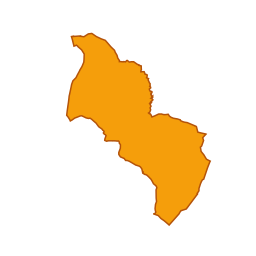 Suehn Mecca, Bomi, Liberia, rotated 117°
{"feature_id": "62588387B34365926899718", "entity_name": "Suehn Mecca", "entity_type": "district", "adm_level": 2, "iso_a3": "LBR", "parent_name": "Liberia", "parent_adm1": "Bomi", "projection": "mercator", "projection_center": [-10.641, 6.716], "detail": "fine", "context": "isolated", "style": "filled", "palette": "amber", "viewbox_px": 256, "rotation_deg": 117, "n_neighbors": 0, "source": "geoboundaries", "source_scale": "gbopen_adm2", "svg_char_len": 3758}
<svg xmlns="http://www.w3.org/2000/svg" viewBox="0 0 256 256"><g transform="rotate(117 128 128)"><path d="M98.0,55.7L98.0,55.8L99.3,60.8L100.0,63.9L98.2,65.5L95.9,67.5L95.6,68.2L95.8,69.4L95.7,69.4L96.0,73.6L96.3,77.7L97.1,80.1L97.5,82.0L97.6,84.5L97.0,85.1L97.5,88.1L98.7,92.0L98.9,94.5L98.6,96.5L97.5,98.4L98.9,100.4L99.8,102.1L100.2,103.7L100.3,104.5L101.7,107.1L105.0,109.6L107.3,111.7L105.9,113.4L105.3,114.5L105.6,115.3L105.5,115.8L105.3,116.5L103.9,115.8L101.5,116.1L100.0,117.5L98.1,117.4L96.9,119.1L95.0,118.8L95.7,119.7L94.1,119.5L91.6,118.6L91.1,119.7L91.1,121.0L89.5,119.9L88.3,120.5L89.6,121.0L88.4,121.8L87.8,122.8L87.1,122.6L86.7,123.3L85.8,122.8L85.0,122.9L84.7,123.5L85.0,124.7L85.2,124.8L84.2,126.3L83.4,126.7L81.9,126.0L81.1,126.7L81.0,127.3L81.0,127.6L79.9,127.6L79.1,128.2L78.4,128.5L78.2,129.2L77.1,130.5L76.0,131.9L75.5,132.1L74.7,132.1L74.8,134.3L74.5,134.3L73.8,134.3L72.1,134.9L71.9,135.6L72.3,137.2L71.4,138.1L70.5,139.2L71.2,140.6L72.1,142.0L71.2,142.5L69.8,142.6L68.9,143.2L66.7,144.4L67.2,146.6L66.8,146.6L67.0,148.8L66.4,153.0L67.5,155.2L68.6,156.6L68.6,157.4L68.1,159.2L68.5,159.8L70.2,160.2L70.8,162.0L71.2,162.2L72.6,165.7L72.7,165.8L71.7,166.4L70.4,168.8L68.3,170.7L68.0,171.1L66.3,173.8L64.9,175.3L63.9,178.6L63.3,180.5L63.1,180.9L60.2,188.0L60.6,191.4L60.7,191.8L60.9,197.7L60.3,202.1L60.2,203.2L62.2,206.1L66.7,208.7L68.0,212.4L67.7,212.4L71.3,218.3L71.0,218.4L72.2,219.9L74.3,217.9L79.0,213.8L79.6,213.3L78.1,211.9L77.6,211.5L77.9,210.1L78.3,209.4L78.9,206.8L79.5,204.6L80.1,203.7L81.6,201.2L81.9,200.7L82.8,200.2L87.1,198.2L88.9,197.5L89.2,197.3L91.5,197.1L94.1,196.9L98.5,197.2L98.8,197.1L103.3,197.2L104.5,197.2L105.9,197.2L106.5,197.1L109.4,198.0L111.0,198.5L113.9,198.1L114.4,198.1L115.9,197.7L117.9,197.1L118.4,197.0L119.1,196.8L124.3,195.4L126.3,194.9L128.9,193.9L132.2,192.7L135.5,191.6L140.7,189.8L144.5,188.4L145.5,186.2L147.0,183.7L147.9,182.6L147.7,182.5L146.5,181.6L143.8,180.2L143.5,180.1L141.4,178.2L139.0,176.1L138.1,174.7L138.0,169.9L137.4,167.5L136.9,166.8L136.5,166.3L136.7,164.5L136.8,164.0L137.4,161.8L138.2,158.5L138.7,157.6L140.2,154.6L140.6,151.7L140.9,150.3L141.4,149.6L141.4,149.4L141.6,148.3L142.2,147.6L143.6,147.7L144.2,146.5L144.3,145.0L144.6,144.4L144.8,144.1L148.3,143.6L149.3,143.2L149.6,143.1L149.6,142.5L149.5,141.4L149.5,141.1L148.2,139.5L146.9,136.9L146.3,135.6L146.2,135.5L145.3,133.7L145.1,133.1L144.5,131.5L144.3,131.3L143.9,130.6L144.2,129.7L144.3,129.6L145.6,128.7L146.0,127.7L146.2,127.3L146.4,127.1L147.2,126.7L149.6,125.6L154.0,125.1L154.6,124.7L154.8,124.7L155.0,124.6L155.7,124.2L156.0,123.6L156.5,123.1L156.7,122.4L157.2,121.6L157.1,120.8L156.9,117.5L157.0,117.4L158.0,115.4L157.7,114.9L157.2,113.4L157.1,112.3L157.1,111.1L157.1,110.9L157.5,104.2L157.4,103.6L157.3,103.3L157.0,101.3L156.9,101.0L157.0,99.4L158.0,97.4L158.4,96.9L161.3,94.5L160.9,94.3L161.2,94.2L161.7,93.1L161.7,91.6L161.5,91.2L161.4,90.7L161.5,89.6L161.9,88.2L162.0,87.8L162.8,85.5L163.2,84.3L164.3,82.5L166.1,80.0L166.6,77.7L166.9,76.9L166.9,76.5L168.1,75.2L170.4,74.9L174.0,73.0L177.6,71.1L180.6,69.2L183.6,68.8L184.9,68.3L185.4,68.1L187.5,67.3L189.0,66.3L189.8,65.6L190.2,65.0L191.2,65.1L191.8,65.1L192.1,65.4L192.8,66.2L193.0,66.5L192.8,65.2L192.7,64.5L192.3,61.2L193.7,57.5L194.2,53.7L195.6,47.9L195.8,47.3L181.9,43.7L181.6,43.6L179.3,43.5L179.0,43.5L178.5,43.3L177.6,43.3L177.4,43.0L173.7,39.3L155.2,36.1L154.9,36.7L152.1,36.3L151.7,36.3L149.7,37.3L144.8,38.1L142.0,38.3L141.8,38.2L140.3,38.2L139.3,37.3L127.2,39.1L120.9,39.7L120.2,39.7L120.2,43.9L118.4,46.8L117.5,48.2L117.4,48.4L116.3,50.9L115.6,52.3L113.5,53.8L113.4,53.9L112.8,54.4L112.2,54.8L111.8,54.6L110.7,54.2L107.6,54.6L104.8,55.0L103.4,56.4L102.7,57.0L100.0,56.3L98.0,55.7Z" fill="#f59e0b" stroke="#b45309" stroke-width="1.5"/></g></svg>